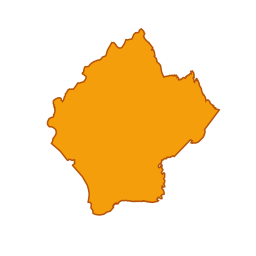 Kota Pekanbaru, Riau, Indonesia (Robinson projection), rotated 224°
{"feature_id": "22746128B3549150233660", "entity_name": "Kota Pekanbaru", "entity_type": "district", "adm_level": 2, "iso_a3": "IDN", "parent_name": "Indonesia", "parent_adm1": "Riau", "projection": "robinson", "projection_center": [101.448, 0.555], "detail": "fine", "context": "isolated", "style": "filled", "palette": "amber", "viewbox_px": 256, "rotation_deg": 224, "n_neighbors": 0, "source": "geoboundaries", "source_scale": "gbopen_adm2", "svg_char_len": 5711}
<svg xmlns="http://www.w3.org/2000/svg" viewBox="0 0 256 256"><g transform="rotate(224 128 128)"><path d="M83.3,60.8L84.3,61.0L84.5,61.4L84.6,61.6L84.5,61.8L84.8,61.9L84.8,62.3L84.6,62.7L84.8,62.8L84.8,63.2L84.9,62.9L85.0,62.9L85.1,63.6L85.0,64.0L84.8,63.8L84.7,63.9L84.7,64.3L84.6,64.6L84.7,64.8L84.3,64.8L84.4,65.3L84.2,65.4L84.1,65.7L83.9,65.3L83.7,65.6L83.3,65.7L83.2,65.7L83.2,66.2L82.8,66.3L82.6,66.5L82.9,67.6L82.7,67.9L82.9,68.2L82.9,69.4L82.2,70.8L82.3,71.0L81.7,71.9L81.5,72.2L80.9,72.5L80.4,73.1L79.0,74.5L78.8,74.9L77.9,75.3L77.3,75.5L76.9,76.2L76.4,76.8L75.2,77.1L74.5,77.9L72.6,79.2L72.3,80.1L71.4,80.5L70.5,81.8L69.7,82.2L69.1,83.2L67.5,84.3L66.9,85.2L66.5,85.4L66.5,85.7L66.2,85.9L66.1,86.3L66.4,86.4L66.0,86.8L65.7,87.0L65.0,86.9L64.5,87.2L64.2,87.5L63.3,88.1L63.4,88.5L62.8,88.5L62.5,88.8L62.2,88.8L61.9,89.3L61.2,89.6L61.1,89.9L60.7,90.2L60.1,90.3L60.0,90.5L59.5,91.0L58.7,91.5L57.8,93.0L57.6,93.0L57.3,93.9L56.6,94.4L55.7,96.0L55.7,96.7L56.5,96.2L57.5,96.7L57.3,97.5L58.1,97.8L58.0,99.4L56.7,99.7L55.7,99.7L54.6,100.7L55.6,101.9L56.7,101.9L57.2,102.4L57.1,103.7L56.1,105.6L57.0,106.5L59.6,108.0L61.1,108.0L62.3,108.5L63.0,110.0L61.8,109.8L60.8,111.2L61.7,112.0L63.6,112.6L63.6,113.7L65.1,115.9L66.2,115.9L67.2,116.3L67.5,118.1L70.0,120.7L71.0,120.7L71.2,120.2L71.1,118.7L71.8,118.7L72.7,118.9L73.2,119.7L73.9,122.3L75.9,122.6L77.3,124.5L78.2,125.1L78.4,125.1L78.5,124.7L78.2,124.1L77.7,122.7L77.7,121.8L77.9,121.2L78.5,120.9L78.9,121.1L80.2,122.4L79.9,126.1L80.1,126.8L80.8,127.4L81.4,128.3L80.8,128.9L80.6,129.5L80.7,130.8L80.4,131.4L80.3,131.7L79.9,131.7L79.8,132.1L79.5,132.2L79.2,132.6L79.3,132.8L79.1,132.9L79.1,133.3L79.4,134.0L79.4,134.4L79.0,134.9L78.3,135.2L77.6,135.8L77.2,136.4L77.2,136.9L77.1,137.4L76.8,137.7L76.7,138.2L76.4,138.5L76.2,139.2L76.0,139.4L74.9,139.6L74.9,162.7L73.0,163.5L72.6,162.3L72.8,161.8L72.5,161.1L71.1,161.7L71.0,161.8L70.8,162.4L70.8,162.8L69.7,163.4L69.2,163.9L68.3,165.3L67.8,166.7L67.6,167.9L67.5,173.1L67.9,174.8L68.6,176.4L69.4,178.0L69.9,178.7L70.6,179.4L71.8,179.9L74.9,204.4L76.4,203.8L76.6,203.5L77.2,203.2L78.9,202.3L79.0,202.3L79.0,203.2L80.5,202.7L80.6,202.9L81.0,202.8L81.9,202.8L82.0,203.5L85.0,202.9L86.0,203.0L87.8,203.8L89.3,203.9L89.5,203.7L90.2,203.6L90.5,202.9L90.8,202.2L90.7,201.6L92.8,203.2L94.2,203.9L96.7,204.6L96.9,204.1L97.4,204.2L97.9,204.6L100.3,205.6L103.0,207.4L105.5,208.0L106.7,208.6L107.4,209.3L108.0,209.5L110.3,210.6L110.9,210.8L111.1,210.2L111.7,210.4L112.3,211.2L113.0,211.2L113.1,210.6L112.7,209.8L112.3,209.7L112.2,209.6L112.3,208.1L112.1,207.4L112.3,207.2L112.2,207.1L112.4,207.1L113.1,207.9L115.9,209.4L115.5,210.3L116.9,211.1L117.1,211.9L119.6,213.5L120.5,213.4L121.4,213.7L122.1,212.2L120.2,210.9L121.1,210.2L120.9,209.2L121.0,209.1L121.2,208.5L121.1,208.3L121.3,207.9L121.2,207.4L121.8,207.0L121.8,205.9L122.1,205.3L121.3,204.7L121.3,204.3L121.8,203.3L122.1,203.4L122.8,203.2L123.1,202.8L123.4,202.0L123.5,201.4L123.3,201.0L123.4,200.2L123.7,199.5L123.9,199.7L124.6,198.3L124.8,197.8L125.5,198.0L125.4,198.4L126.1,198.9L127.2,199.0L127.3,198.9L127.6,199.1L127.8,198.7L127.9,199.0L128.8,199.2L129.2,199.5L129.8,199.5L129.9,199.4L130.1,199.4L130.2,198.4L130.4,198.4L130.5,198.3L131.2,198.3L131.0,197.8L131.3,197.4L131.7,197.1L131.8,196.8L132.4,197.1L132.5,196.8L133.8,195.4L134.4,195.0L134.6,194.2L136.1,192.0L136.8,191.2L137.6,189.5L142.4,191.4L148.0,195.5L150.2,195.9L153.3,195.6L154.0,196.5L155.9,197.6L157.4,197.8L159.0,197.8L159.0,198.8L162.0,201.0L164.0,201.9L164.5,201.5L164.8,200.6L165.4,200.7L165.4,202.2L166.2,203.1L167.1,203.1L170.5,203.6L171.9,203.6L172.2,204.0L173.0,203.8L175.5,203.6L178.7,204.0L180.1,204.8L180.2,204.7L181.0,205.9L181.6,207.6L182.5,207.6L183.7,208.4L187.2,208.6L187.6,207.3L187.7,206.1L186.9,205.1L187.2,203.2L188.1,202.6L188.8,201.6L188.8,199.2L187.0,194.8L188.6,192.7L189.4,191.1L190.9,190.3L191.1,190.6L189.2,186.4L188.3,181.6L189.0,180.3L190.0,179.3L191.1,179.0L192.7,178.9L194.9,179.5L197.4,179.6L199.0,178.2L197.1,170.8L196.4,168.8L194.2,164.9L194.2,164.1L195.2,162.3L195.6,161.1L195.4,159.6L195.4,157.8L197.1,155.3L198.7,151.7L199.3,149.1L199.4,146.9L199.2,146.1L199.2,144.7L200.1,143.5L200.9,143.0L201.4,142.2L201.2,141.1L200.8,140.4L199.7,138.5L198.9,137.6L198.9,136.7L199.1,136.4L198.9,135.7L198.5,135.4L197.9,135.3L197.7,135.5L197.1,135.7L195.5,135.8L194.7,135.9L194.0,135.9L193.5,135.6L193.0,135.1L192.5,133.7L192.3,132.8L192.0,132.1L192.2,131.5L192.0,130.5L192.1,130.1L193.1,128.8L194.0,126.6L194.9,126.1L195.4,125.5L194.6,121.4L194.2,117.9L195.4,117.1L196.3,115.7L197.1,115.5L197.6,113.8L196.8,110.6L196.7,109.1L195.3,107.2L195.3,106.0L194.5,104.9L193.7,103.0L193.5,101.6L195.4,101.8L196.7,102.7L197.5,102.6L198.7,101.8L199.5,100.4L200.0,99.4L200.4,97.9L200.6,95.7L199.7,95.0L199.1,94.0L198.7,93.7L197.7,93.3L197.0,93.3L196.9,93.3L196.5,92.2L196.0,92.2L195.5,91.7L194.7,91.9L194.5,91.2L193.9,90.7L193.3,90.7L192.0,89.0L190.8,86.9L190.8,86.4L190.6,85.7L190.0,85.2L189.5,84.4L189.6,83.4L190.2,82.8L190.8,81.4L191.1,80.1L191.1,79.3L190.8,78.4L190.3,77.1L189.5,75.7L188.3,74.7L186.9,74.3L185.4,74.3L184.4,75.2L183.2,76.1L182.4,76.4L179.3,76.7L178.5,76.4L177.7,75.9L176.2,74.6L175.5,73.5L175.2,72.3L174.7,70.0L174.7,68.8L174.3,67.8L173.2,66.4L172.8,65.5L172.4,63.7L160.6,64.3L149.3,62.7L148.9,63.0L148.7,63.2L148.6,63.7L148.8,64.3L148.1,65.0L147.7,65.3L147.2,65.2L146.3,65.8L145.9,65.9L145.4,66.4L144.9,67.3L144.3,67.9L143.9,67.3L143.4,67.1L142.5,65.9L141.6,65.6L141.5,65.4L141.6,65.1L142.1,63.5L141.8,62.6L126.7,61.3L120.8,59.5L117.7,58.7L114.4,56.8L111.3,54.6L109.8,53.3L108.0,51.0L105.1,46.9L103.5,48.2L101.5,47.8L99.2,44.8L96.1,44.3L93.8,42.3L90.9,43.5L87.8,45.9L85.5,49.2L84.8,52.7L83.0,55.9L83.3,60.8Z" fill="#f59e0b" stroke="#b45309" stroke-width="1.5"/></g></svg>